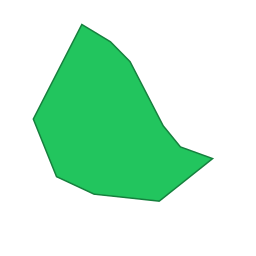 outline of Reading, rotated 25°
{"feature_id": "GBR-5699", "entity_name": "Reading", "entity_type": "Unitary Authority", "adm_level": 1, "iso_a3": "GBR", "parent_name": "United Kingdom", "parent_adm1": "", "projection": "natural_earth1", "projection_center": [-1.033, 51.451], "detail": "fine", "context": "isolated", "style": "filled", "palette": "green", "viewbox_px": 256, "rotation_deg": 25, "n_neighbors": 0, "source": "natural_earth", "source_scale": "10m", "svg_char_len": 293}
<svg xmlns="http://www.w3.org/2000/svg" viewBox="0 0 256 256"><g transform="rotate(25 128 128)"><path d="M42.4,53.7L75.7,57.3L101.8,67.0L158.9,111.1L183.5,123.0L217.6,120.0L187.2,181.1L125.2,202.3L83.8,202.3L38.4,159.9L42.4,53.7Z" fill="#22c55e" stroke="#15803d" stroke-width="1.5"/></g></svg>